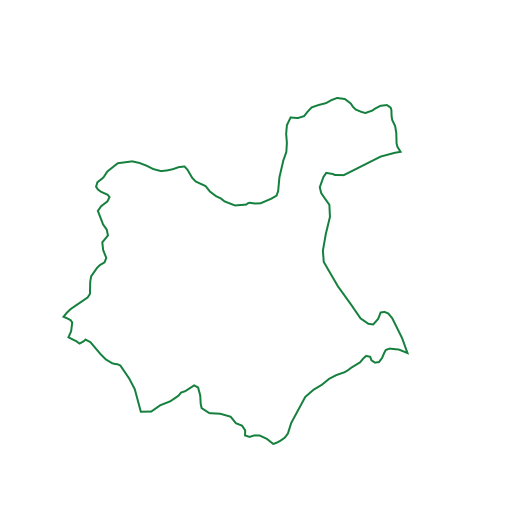 the border of Konya, rotated 287°
{"feature_id": "TUR-3011", "entity_name": "Konya", "entity_type": "Province", "adm_level": 1, "iso_a3": "TUR", "parent_name": "Turkey", "parent_adm1": "", "projection": "robinson", "projection_center": [32.808, 37.948], "detail": "fine", "context": "isolated", "style": "outline", "palette": "green", "viewbox_px": 512, "rotation_deg": 287, "n_neighbors": 0, "source": "natural_earth", "source_scale": "10m", "svg_char_len": 2378}
<svg xmlns="http://www.w3.org/2000/svg" viewBox="0 0 512 512"><g transform="rotate(287 256 256)"><path d="M280.2,82.8L285.0,86.2L287.0,87.3L293.3,89.1L304.3,96.7L310.3,109.9L310.9,117.2L310.4,124.6L309.1,132.4L309.4,140.3L311.8,145.9L314.7,151.1L318.3,156.0L320.7,161.4L318.6,165.1L312.1,172.1L309.6,176.6L308.1,187.4L304.1,193.2L301.5,200.4L300.8,205.4L299.0,210.0L298.2,221.1L302.3,231.6L303.8,232.6L305.0,234.1L305.9,239.7L307.7,244.9L315.2,253.8L319.7,258.0L324.6,258.2L338.0,255.4L355.4,254.2L364.3,254.6L373.1,252.5L381.7,249.1L390.2,247.3L398.6,248.6L400.1,255.6L403.8,261.1L409.2,263.2L414.4,265.8L418.7,271.7L422.7,278.3L427.1,282.5L430.8,287.3L432.1,295.1L429.5,302.1L427.0,305.1L425.2,308.6L424.6,314.7L424.7,318.7L429.0,324.6L431.8,326.8L436.0,331.1L438.6,337.0L437.3,341.3L435.2,342.8L429.3,344.8L425.9,346.5L420.9,351.1L414.6,354.2L404.8,357.5L401.8,359.3L397.9,363.8L395.2,358.4L387.5,346.1L380.9,339.2L371.8,329.7L359.0,316.3L356.5,307.6L356.9,305.6L356.0,298.9L351.4,297.4L340.4,296.9L335.3,299.9L331.9,304.1L326.4,311.2L315.0,315.3L297.7,316.3L280.7,318.4L270.2,322.5L264.4,328.7L251.1,343.0L237.5,360.9L226.9,374.2L224.0,383.3L224.8,388.1L231.6,391.2L238.4,391.7L240.1,395.2L239.7,399.3L236.3,404.5L220.1,419.8L207.5,429.2L208.3,420.0L206.5,410.9L204.1,407.6L200.6,406.9L195.4,406.4L190.5,404.6L188.8,400.9L190.1,396.8L193.0,394.7L192.6,390.5L189.0,388.4L184.7,386.6L177.1,379.8L173.7,377.4L170.6,374.5L165.6,367.6L160.0,361.9L152.1,356.6L144.9,350.1L135.6,344.3L106.7,338.5L95.5,338.4L90.6,336.6L86.3,333.2L83.6,330.5L81.3,327.4L84.3,319.9L85.4,311.8L83.9,306.8L81.1,302.7L81.2,298.0L86.1,296.6L89.7,292.2L90.2,285.7L94.9,278.7L94.7,268.0L92.1,257.4L94.6,248.5L98.3,246.4L106.2,243.5L113.3,239.1L114.2,234.7L106.1,227.9L103.5,224.3L99.7,222.7L92.0,216.5L85.3,208.1L76.6,201.3L73.4,191.4L93.2,179.0L101.8,170.5L111.6,158.3L112.0,155.2L111.5,152.6L111.4,149.8L113.2,142.6L116.6,136.2L125.2,122.8L126.2,117.4L124.1,116.2L120.7,112.9L121.2,111.2L121.9,109.4L123.4,100.4L130.0,101.2L138.7,99.7L140.4,97.5L141.2,93.6L141.6,89.7L146.5,91.7L151.3,94.4L167.1,107.1L171.2,108.3L182.9,105.0L188.5,104.3L198.0,107.4L201.6,109.3L205.6,113.0L210.4,113.4L217.0,108.1L224.1,105.0L232.4,108.4L237.5,105.6L241.5,100.5L252.9,91.6L258.3,93.3L264.7,97.9L269.5,98.7L271.2,96.2L272.1,89.1L273.3,85.5L275.5,82.8L280.2,82.8Z" fill="none" stroke="#15803d" stroke-width="2"/></g></svg>